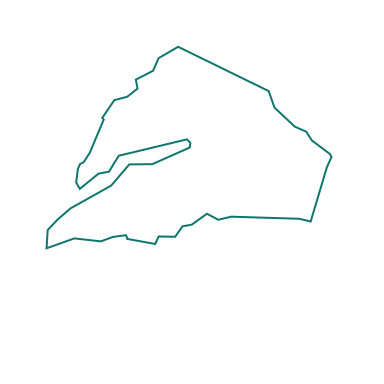 the district of Perquimans, North Carolina, United States of America, rotated 123°
{"feature_id": "52423323B57598865741188", "entity_name": "Perquimans", "entity_type": "district", "adm_level": 2, "iso_a3": "USA", "parent_name": "United States of America", "parent_adm1": "North Carolina", "projection": "robinson", "projection_center": [-76.396, 36.227], "detail": "fine", "context": "isolated", "style": "outline", "palette": "teal", "viewbox_px": 384, "rotation_deg": 123, "n_neighbors": 0, "source": "geoboundaries", "source_scale": "gbopen_adm2", "svg_char_len": 785}
<svg xmlns="http://www.w3.org/2000/svg" viewBox="0 0 384 384"><g transform="rotate(123 192 192)"><path d="M85.0,97.1L83.5,119.6L79.2,129.0L81.2,141.4L76.3,168.7L65.6,182.7L77.8,282.7L97.9,292.9L111.6,290.7L128.3,300.3L135.0,294.0L147.4,298.2L157.3,307.2L178.7,307.6L179.3,305.5L214.7,299.1L226.1,299.1L229.4,301.1L234.8,300.3L247.1,294.3L250.5,287.8L227.5,280.4L220.2,272.7L201.5,273.2L150.6,224.9L151.7,220.1L155.9,218.1L190.3,240.5L203.0,259.6L230.7,263.3L271.9,285.0L288.6,289.8L302.6,292.3L318.4,283.3L295.0,265.4L283.0,241.5L272.8,233.9L264.2,223.9L266.1,220.8L266.6,220.7L255.6,194.5L247.5,195.8L238.7,181.7L226.0,181.3L219.5,174.4L202.1,167.6L201.0,154.9L191.3,145.6L156.0,87.4L152.1,76.4L98.0,92.3L86.6,94.1L85.0,97.1Z" fill="none" stroke="#0f766e" stroke-width="2"/></g></svg>